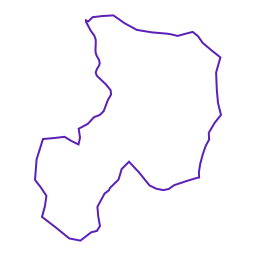 SVG path tracing the border of Salyan
{"feature_id": "AZE-1715", "entity_name": "Salyan", "entity_type": "District", "adm_level": 1, "iso_a3": "AZE", "parent_name": "Azerbaijan", "parent_adm1": "", "projection": "equal_earth", "projection_center": [49.041, 39.634], "detail": "fine", "context": "isolated", "style": "outline", "palette": "violet", "viewbox_px": 256, "rotation_deg": 0, "n_neighbors": 0, "source": "natural_earth", "source_scale": "10m", "svg_char_len": 1119}
<svg xmlns="http://www.w3.org/2000/svg" viewBox="0 0 256 256"><path d="M221.0,114.9L214.6,122.9L208.8,132.8L209.1,139.6L205.6,146.1L202.6,154.9L200.2,164.0L198.9,172.0L199.1,177.5L197.3,177.8L185.7,181.3L174.1,185.2L168.8,189.0L163.3,190.1L156.2,188.7L149.5,185.4L139.1,172.5L129.0,161.7L121.6,169.1L120.4,173.4L118.5,179.6L110.0,187.9L109.0,190.2L105.9,192.6L104.6,193.5L97.4,206.9L98.3,216.8L100.0,226.0L96.9,230.9L91.2,232.3L80.4,240.6L69.2,238.4L55.7,227.4L42.0,216.9L44.9,206.3L46.4,195.8L40.9,187.5L35.0,179.9L36.6,159.4L43.0,139.0L53.7,138.1L64.5,136.8L71.8,141.2L78.5,144.4L80.0,137.7L78.7,128.7L87.9,123.8L94.1,117.1L99.7,115.0L103.7,111.1L107.8,100.2L111.1,94.5L110.6,90.2L106.1,84.6L96.7,75.6L95.7,72.4L96.9,69.1L98.8,66.1L99.7,63.5L99.1,60.0L96.6,55.7L95.6,52.5L95.5,49.3L95.8,41.8L95.6,39.2L94.3,35.6L90.8,30.8L86.0,21.8L86.0,20.4L88.3,21.4L92.6,17.2L102.6,16.0L113.4,15.4L124.9,23.4L136.8,29.9L152.2,32.4L167.4,33.7L172.5,34.6L177.5,35.9L185.3,33.8L192.7,31.9L198.1,36.3L202.5,42.7L211.3,50.2L220.4,57.4L216.1,72.6L216.8,89.7L218.0,103.0L221.0,114.9Z" fill="none" stroke="#5b21b6" stroke-width="2"/></svg>